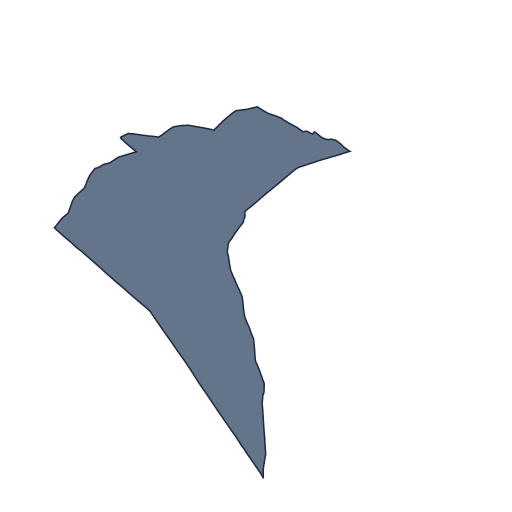 Al-Zubair, Al-Basrah, Iraq, rotated 321°
{"feature_id": "34846034B69957241231378", "entity_name": "Al-Zubair", "entity_type": "district", "adm_level": 2, "iso_a3": "IRQ", "parent_name": "Iraq", "parent_adm1": "Al-Basrah", "projection": "mercator", "projection_center": [47.115, 29.902], "detail": "fine", "context": "isolated", "style": "filled", "palette": "slate", "viewbox_px": 512, "rotation_deg": 321, "n_neighbors": 0, "source": "geoboundaries", "source_scale": "gbopen_adm2", "svg_char_len": 4071}
<svg xmlns="http://www.w3.org/2000/svg" viewBox="0 0 512 512"><g transform="rotate(321 256 256)"><path d="M359.5,159.5L357.5,156.5L356.1,154.3L355.1,152.6L354.2,150.2L352.9,146.9L352.1,144.4L350.9,140.9L348.4,139.7L346.4,138.7L344.1,137.6L341.6,136.5L339.6,135.2L337.2,133.7L335.4,132.7L333.8,131.6L331.7,130.4L329.0,130.2L326.6,130.1L323.6,130.2L321.1,130.1L318.0,130.3L316.2,130.3L314.5,130.4L312.5,130.7L310.5,130.7L308.7,131.1L307.9,131.2L307.1,131.2L305.2,131.4L303.3,131.5L302.7,131.7L302.2,131.6L301.2,130.0L299.9,128.3L298.6,126.7L297.1,124.9L295.8,123.3L294.2,121.6L292.9,120.0L291.5,118.5L289.7,116.4L288.2,114.6L286.7,112.9L285.5,111.6L283.9,110.5L282.9,109.8L282.0,109.1L280.0,107.5L278.4,106.8L276.9,105.8L275.5,104.9L273.7,104.2L272.8,103.5L271.0,103.4L269.4,103.1L266.8,103.0L264.2,102.9L261.8,102.7L259.5,102.8L257.5,102.5L255.1,102.4L253.3,100.3L251.9,98.8L249.9,96.8L248.2,95.4L246.4,93.2L244.1,91.0L241.9,88.7L240.3,86.8L239.0,85.5L237.4,83.6L235.7,82.3L235.0,81.5L234.6,81.1L233.9,80.3L233.6,80.3L231.4,79.8L229.4,79.3L227.7,79.0L225.9,78.6L225.1,78.8L225.1,80.6L225.5,82.8L225.8,85.1L226.1,87.0L226.9,91.3L227.8,96.0L228.1,97.7L228.6,99.7L228.1,99.5L226.2,98.8L224.3,97.9L219.3,95.9L215.1,94.2L211.5,92.7L209.8,92.4L208.6,92.3L206.1,92.1L205.3,92.0L203.5,91.8L202.2,91.8L201.3,91.7L200.6,91.4L200.0,91.1L199.4,90.9L198.4,90.4L197.0,89.7L195.5,89.1L194.3,88.7L193.0,88.6L190.8,88.4L189.7,88.0L188.7,87.9L187.5,87.3L186.6,86.9L185.7,86.7L185.0,86.8L183.0,87.3L180.9,87.8L179.0,88.3L177.9,88.6L176.7,89.1L175.4,89.7L174.8,90.0L173.9,90.4L171.6,91.7L170.3,92.4L169.5,93.0L167.7,93.8L165.3,95.2L164.4,95.2L162.9,95.3L160.7,95.4L159.8,95.4L158.6,95.6L157.7,95.6L155.5,95.8L154.4,95.9L152.9,96.0L152.1,96.0L151.8,96.2L150.6,96.7L149.6,97.1L148.2,97.7L146.7,98.5L145.0,99.6L143.0,100.8L141.1,102.0L138.7,103.4L137.3,104.4L135.0,104.5L131.6,104.5L129.5,104.5L128.4,104.7L126.9,105.1L124.7,105.5L122.7,106.0L119.0,106.8L117.8,107.0L117.1,107.1L117.3,108.6L117.4,109.8L118.1,113.7L118.8,118.5L119.7,123.4L120.8,128.9L121.5,134.3L122.2,138.0L123.5,143.2L124.3,148.4L125.1,152.4L125.2,153.8L125.8,156.7L127.0,163.6L128.9,176.0L130.3,183.9L130.3,184.5L131.2,189.5L132.4,195.5L133.5,202.1L134.7,209.1L136.6,219.3L137.8,225.6L138.8,231.5L138.9,233.4L138.5,236.4L137.0,255.8L136.7,260.8L136.1,269.8L135.2,280.9L134.6,291.3L134.3,295.1L133.2,306.4L131.7,319.1L130.4,335.8L129.6,345.1L128.9,352.1L128.1,363.0L127.0,377.7L126.4,386.1L125.4,394.1L125.4,397.2L124.7,403.5L124.4,406.7L124.3,409.6L123.3,421.7L123.0,425.2L122.8,428.3L122.3,431.1L121.8,433.4L124.3,430.2L126.9,426.9L128.4,425.4L130.5,423.4L132.2,422.0L135.3,419.1L138.0,416.9L139.3,415.5L140.2,414.1L141.2,412.7L145.9,406.0L147.5,403.9L149.7,400.7L154.2,394.1L158.5,388.1L162.9,381.9L165.8,377.8L167.9,374.6L169.3,373.1L170.9,371.5L173.0,369.3L174.2,368.3L176.0,367.3L177.3,366.0L178.9,364.1L181.9,360.7L183.2,357.2L185.2,351.3L186.9,346.6L188.7,340.4L189.2,338.3L189.7,337.0L192.5,332.7L195.5,328.6L199.9,322.0L201.9,319.0L203.8,312.7L205.7,307.6L207.4,300.9L208.8,296.7L211.2,292.1L217.4,282.6L219.7,278.8L220.8,274.8L221.8,271.7L222.4,268.3L223.4,265.0L224.7,260.7L225.4,257.5L226.3,254.6L227.2,251.4L229.1,248.0L230.5,245.3L233.2,240.8L234.6,238.5L235.4,236.5L236.6,234.3L237.7,233.4L240.3,230.9L241.5,229.6L244.0,228.1L246.3,227.6L249.5,226.7L251.9,225.8L254.7,224.9L256.9,224.4L261.3,223.1L264.5,222.5L267.4,221.8L268.6,220.7L270.0,219.7L271.7,218.8L273.0,217.6L273.7,216.3L275.3,214.6L277.5,214.3L283.5,214.4L288.7,214.3L302.6,213.9L321.6,213.8L333.1,213.5L342.1,213.5L344.2,213.9L345.0,214.0L349.5,215.7L358.5,219.1L366.4,222.1L385.0,229.9L391.6,232.4L391.9,232.5L394.9,233.8L394.1,231.7L393.4,228.7L392.7,226.3L392.6,224.1L391.7,219.1L390.8,216.1L387.9,212.5L385.2,210.8L383.4,208.6L381.6,205.0L380.5,200.1L380.1,197.6L379.4,196.2L376.7,196.9L375.4,194.2L373.8,190.7L372.8,190.0L371.0,189.6L370.5,188.0L368.5,181.1L365.2,173.3L363.8,169.2L363.2,167.9L362.6,166.4L362.9,165.5L362.5,165.0L362.2,164.4L361.4,163.0L360.5,161.4L359.5,159.5Z" fill="#64748b" stroke="#1e293b" stroke-width="1.5"/></g></svg>